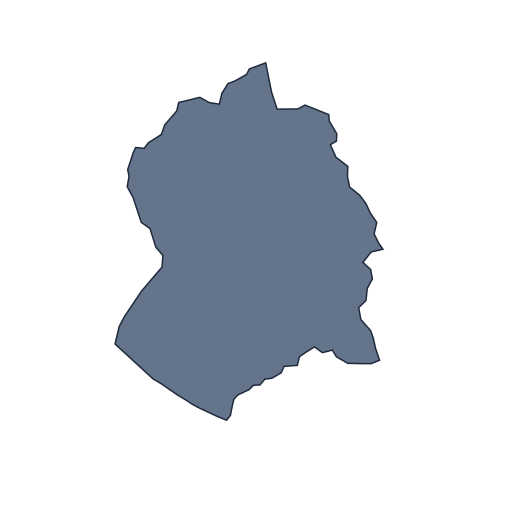 the district of Tupanci do Sul, Rio Grande do Sul, Brazil, rotated 127°
{"feature_id": "56859067B31441809180577", "entity_name": "Tupanci do Sul", "entity_type": "district", "adm_level": 2, "iso_a3": "BRA", "parent_name": "Brazil", "parent_adm1": "Rio Grande do Sul", "projection": "natural_earth1", "projection_center": [-51.538, -27.925], "detail": "fine", "context": "isolated", "style": "filled", "palette": "slate", "viewbox_px": 512, "rotation_deg": 127, "n_neighbors": 0, "source": "geoboundaries", "source_scale": "gbopen_adm2", "svg_char_len": 1307}
<svg xmlns="http://www.w3.org/2000/svg" viewBox="0 0 512 512"><g transform="rotate(127 256 256)"><path d="M404.8,180.6L398.5,180.6L390.5,184.5L383.9,187.4L378.1,187.0L366.7,181.0L360.8,180.3L356.6,175.2L349.1,174.9L344.2,169.8L334.1,165.6L327.2,167.1L318.5,157.2L310.2,160.7L303.1,158.3L293.4,154.6L293.2,144.8L285.2,138.4L288.1,131.1L286.5,118.1L277.6,105.8L272.6,99.2L264.9,94.6L257.7,105.1L250.9,113.0L246.6,119.6L243.6,134.1L235.4,142.9L225.3,141.4L214.8,147.7L204.3,149.2L197.8,156.3L196.7,166.8L183.4,166.4L174.2,158.7L172.1,165.3L167.3,174.9L156.5,179.8L152.9,190.6L148.0,199.7L145.0,210.0L144.6,222.7L137.5,230.8L129.2,236.6L129.0,251.6L122.3,263.6L115.9,260.9L109.8,265.0L104.1,278.8L99.3,283.0L106.0,307.7L113.4,311.1L126.0,327.5L115.9,342.0L111.4,347.1L95.9,364.5L110.6,373.9L116.6,372.8L129.5,378.5L135.1,382.1L146.4,381.2L156.8,376.7L161.6,385.6L163.1,396.3L179.9,410.1L187.9,406.6L206.2,407.8L215.8,404.7L230.3,410.1L237.3,410.1L241.8,417.4L247.5,416.2L264.3,410.4L268.7,405.4L278.2,400.5L283.3,389.3L298.2,367.8L297.9,357.1L309.2,341.4L311.6,330.7L321.4,324.4L353.1,326.3L383.5,324.6L394.4,322.9L411.1,315.6L416.1,264.3L415.0,254.3L414.7,245.0L414.3,235.4L413.3,226.2L412.7,217.3L411.5,209.7L409.6,200.6L407.3,189.8L404.8,180.6Z" fill="#64748b" stroke="#1e293b" stroke-width="1.5"/></g></svg>